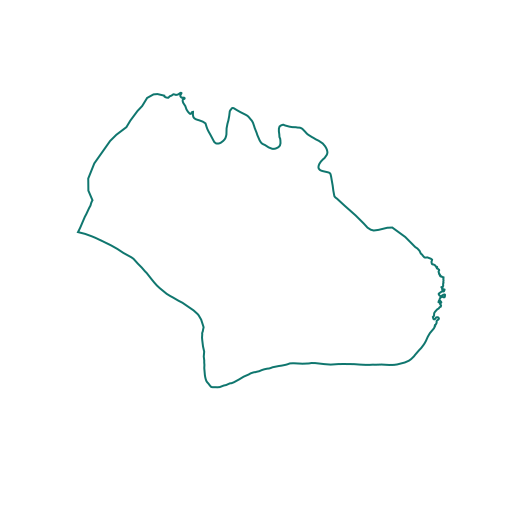 Xonbuly, Savannakhét, Laos, rotated 220°
{"feature_id": "54806243B48815004999342", "entity_name": "Xonbuly", "entity_type": "district", "adm_level": 2, "iso_a3": "LAO", "parent_name": "Laos", "parent_adm1": "Savannakhét", "projection": "albers", "projection_center": [105.481, 16.402], "detail": "fine", "context": "isolated", "style": "outline", "palette": "teal", "viewbox_px": 512, "rotation_deg": 220, "n_neighbors": 0, "source": "geoboundaries", "source_scale": "gbopen_adm2", "svg_char_len": 5958}
<svg xmlns="http://www.w3.org/2000/svg" viewBox="0 0 512 512"><g transform="rotate(220 256 256)"><path d="M74.2,318.7L74.5,320.3L74.7,320.8L74.9,321.2L75.8,322.2L75.9,322.8L75.5,324.4L75.5,325.2L75.6,325.5L75.9,325.8L76.5,326.0L77.2,326.0L77.8,325.6L78.1,325.3L78.5,324.7L78.4,322.7L78.6,322.2L78.8,322.0L79.3,321.8L79.9,322.0L81.3,323.0L81.2,324.5L81.4,324.9L82.6,326.5L82.9,327.3L83.0,328.5L82.9,331.5L82.3,333.2L82.4,334.6L82.2,335.3L81.9,335.9L82.1,336.4L82.3,336.8L82.5,337.1L83.0,337.1L83.4,337.3L83.7,337.4L83.8,337.8L84.1,337.7L84.3,337.7L84.5,339.1L84.4,339.7L84.6,339.8L85.6,340.0L85.7,339.7L85.5,339.2L85.9,338.9L86.1,338.1L86.5,338.0L86.9,338.6L87.1,339.4L87.1,340.0L87.6,340.9L87.7,341.9L88.0,342.4L87.6,343.7L87.5,344.0L86.8,344.6L85.5,345.1L85.1,345.6L85.2,346.1L85.7,347.1L86.2,347.3L86.4,347.8L86.7,347.8L87.1,347.5L87.4,346.9L87.7,346.5L87.7,346.0L88.0,345.5L88.1,344.7L88.4,344.2L89.0,343.8L90.1,343.7L90.5,343.8L91.5,344.2L91.7,344.4L91.7,344.7L91.7,345.2L91.0,347.7L90.9,348.4L90.7,348.6L89.9,349.0L89.4,349.7L89.4,350.0L89.5,350.2L90.3,349.9L90.4,350.0L89.8,350.9L89.8,351.3L90.0,351.4L90.3,350.9L90.6,351.1L91.1,350.9L91.4,350.2L91.7,350.1L91.9,350.1L92.2,350.4L92.5,351.2L93.0,351.0L93.3,351.1L93.8,351.2L93.9,351.4L93.4,351.8L93.3,352.1L93.4,352.4L93.3,352.9L93.4,353.4L93.6,353.7L94.0,354.0L94.2,354.3L94.9,355.1L95.1,355.9L95.4,356.0L95.6,356.4L96.0,356.7L96.5,357.7L97.0,358.1L97.1,358.3L97.7,358.7L98.2,359.7L98.7,360.2L99.6,359.7L101.1,359.6L101.4,359.4L101.3,359.1L101.6,359.0L102.6,359.2L103.1,359.6L103.1,359.9L103.4,360.0L103.8,360.1L104.4,360.0L104.7,360.5L105.8,361.1L106.1,361.4L106.3,361.8L106.3,362.2L106.5,362.8L106.9,363.1L108.7,363.1L109.2,362.8L109.5,362.8L109.9,363.1L110.0,363.8L110.2,364.0L110.5,364.0L110.9,363.8L111.1,363.5L111.3,363.5L112.5,363.9L113.4,363.9L114.8,363.5L115.3,363.1L115.7,363.0L116.0,363.0L116.9,363.5L117.7,364.2L118.0,364.6L118.3,365.6L118.8,366.4L120.3,366.3L121.2,366.0L123.8,365.1L125.3,363.6L125.8,363.3L126.3,363.2L128.5,363.5L129.5,363.8L131.3,363.8L134.1,365.1L137.2,365.5L139.8,365.2L153.9,366.5L169.9,365.4L173.6,362.0L178.9,354.8L182.2,351.2L185.0,349.9L188.8,349.4L194.1,350.1L205.7,351.1L220.5,351.5L230.9,352.0L231.7,351.9L233.1,351.9L234.2,352.1L235.3,352.9L238.8,355.8L242.5,359.2L249.5,365.1L251.1,366.3L252.0,366.8L252.6,366.9L253.6,366.8L254.6,366.4L259.1,364.1L260.9,363.3L262.5,363.0L264.1,363.3L265.0,363.9L265.8,365.0L266.2,365.9L266.7,367.4L267.0,370.1L266.8,373.4L266.5,374.7L266.5,375.5L266.8,378.9L267.2,380.1L267.9,381.3L268.8,382.1L270.2,383.1L271.9,383.9L273.7,384.5L277.2,385.1L282.0,384.6L285.2,383.8L288.0,383.4L289.3,383.1L293.6,382.5L295.0,382.4L296.3,382.5L298.3,382.8L302.3,383.2L304.2,382.8L305.5,382.1L306.6,381.2L308.3,380.2L311.1,378.0L313.5,376.6L317.6,374.7L319.5,374.1L319.9,373.6L320.7,372.3L321.2,370.4L320.4,368.4L318.7,366.3L316.3,364.1L314.5,362.2L312.9,361.4L311.5,360.1L309.7,358.1L308.7,356.0L308.7,354.4L309.0,353.1L309.9,351.2L310.5,350.3L311.8,349.0L312.6,348.5L316.2,347.3L320.3,346.8L322.9,346.1L324.0,346.0L325.4,346.2L327.5,346.9L332.7,349.5L334.6,350.7L339.4,353.3L340.6,354.1L343.9,356.1L345.4,356.7L346.3,357.0L347.7,357.2L350.9,357.8L352.6,357.9L354.5,357.6L360.4,356.2L364.1,355.5L368.1,354.9L369.0,354.4L369.5,353.5L369.3,352.0L369.4,351.3L369.1,350.0L366.5,346.0L364.2,341.9L363.9,341.2L362.9,339.0L360.6,334.9L356.8,330.1L356.0,328.6L355.3,326.9L355.0,325.2L355.1,323.1L355.8,320.1L356.4,318.9L357.0,318.1L358.1,317.1L358.9,316.6L359.7,316.5L361.3,316.5L369.2,319.7L372.2,320.8L374.7,321.9L376.8,323.1L379.9,325.1L381.8,324.9L383.2,324.7L386.8,323.4L388.4,322.7L390.0,322.1L391.2,321.9L392.2,321.9L393.5,322.3L395.2,323.7L396.1,324.9L396.9,325.9L397.4,325.3L397.5,324.9L397.3,323.2L397.6,322.7L398.0,322.5L398.8,322.5L401.0,322.8L401.9,323.1L403.5,323.6L406.5,325.4L409.8,326.4L410.5,326.7L411.7,327.5L412.0,327.8L412.5,328.6L412.6,329.2L412.5,329.5L412.0,330.1L411.9,330.6L412.1,331.0L412.5,331.1L412.9,331.0L414.7,329.5L415.6,329.5L416.4,329.7L417.0,330.1L417.3,330.6L417.7,332.7L417.9,332.9L418.5,332.7L418.9,331.9L419.4,330.0L419.8,329.2L420.5,328.3L421.1,327.8L422.0,327.5L423.2,326.8L423.4,326.3L423.8,324.6L424.7,323.0L424.9,320.9L425.5,320.4L426.7,319.7L427.8,319.4L428.5,319.3L428.9,319.4L429.3,319.9L435.6,316.7L438.4,313.9L441.0,307.1L439.6,297.7L440.0,290.9L439.3,279.0L438.1,271.4L440.9,259.1L441.7,250.4L439.4,223.0L434.3,207.5L426.4,198.3L417.1,193.6L416.9,192.5L416.3,190.6L415.2,188.2L414.7,185.6L412.9,178.9L412.3,176.0L408.9,164.8L408.1,161.6L407.7,159.9L401.1,163.1L394.5,165.5L391.0,166.6L383.4,168.6L373.7,171.0L366.7,172.3L359.6,173.1L350.6,174.9L348.0,175.1L341.7,174.2L336.1,173.7L331.2,172.9L328.8,172.7L320.7,171.0L317.0,170.3L313.0,169.7L309.1,169.5L300.1,169.6L296.0,170.2L293.2,170.8L286.7,171.9L282.3,172.9L268.9,174.2L263.4,174.0L261.8,173.7L257.1,172.0L251.5,168.5L250.3,167.7L249.3,165.7L248.4,164.2L248.0,163.1L247.6,162.2L246.8,161.4L244.9,158.8L243.0,156.9L238.5,152.7L234.2,149.4L231.4,145.4L228.5,142.7L227.1,141.0L225.5,139.4L223.6,136.9L218.7,132.0L217.2,130.7L215.6,129.5L213.8,128.4L212.2,127.9L210.5,127.7L207.9,127.1L206.1,126.9L204.9,127.6L202.5,129.6L201.0,130.8L199.5,132.3L197.4,136.1L195.9,138.0L195.1,139.7L194.1,141.7L193.0,142.8L191.8,145.0L189.6,150.6L187.9,155.6L185.4,160.6L184.7,162.6L183.5,164.6L182.6,165.9L181.9,166.5L181.1,167.7L179.5,169.8L178.3,172.2L177.0,174.3L175.0,176.9L173.7,178.2L172.7,179.7L171.8,181.4L171.0,182.4L167.8,186.4L165.9,188.5L163.2,191.9L162.2,193.4L161.0,195.5L158.4,197.9L151.1,203.4L146.4,207.7L144.7,209.7L141.7,212.1L134.3,217.0L129.0,220.8L123.7,225.9L119.8,229.3L111.5,236.1L106.2,239.9L101.6,243.4L98.8,245.8L96.6,247.9L94.9,249.2L90.0,253.6L85.7,256.8L83.6,258.4L80.3,261.3L78.2,263.6L73.6,270.0L71.6,274.0L70.9,276.7L70.5,280.7L70.6,282.8L70.5,288.9L70.3,291.7L70.5,295.5L70.7,297.4L71.2,300.0L72.5,304.6L73.2,308.7L73.2,314.9L73.7,317.1L74.0,317.1L74.5,318.2L74.2,318.7Z" fill="none" stroke="#0f766e" stroke-width="2"/></g></svg>